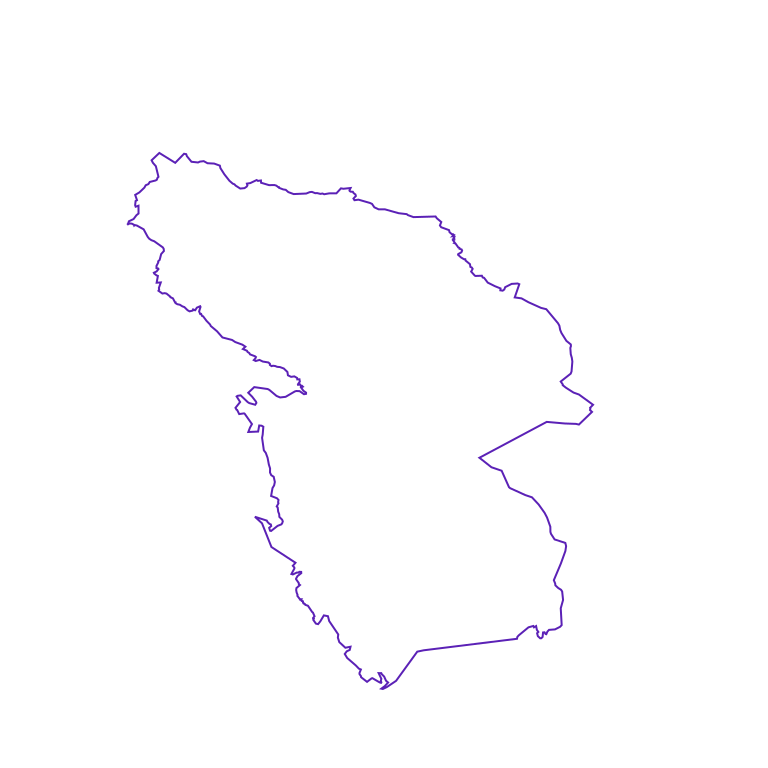 outline of Cotmeana, Arges, Romania, rotated 341°
{"feature_id": "2599482B54766849205701", "entity_name": "Cotmeana", "entity_type": "district", "adm_level": 2, "iso_a3": "ROU", "parent_name": "Romania", "parent_adm1": "Arges", "projection": "natural_earth1", "projection_center": [24.603, 44.996], "detail": "fine", "context": "isolated", "style": "outline", "palette": "violet", "viewbox_px": 768, "rotation_deg": 341, "n_neighbors": 0, "source": "geoboundaries", "source_scale": "gbopen_adm2", "svg_char_len": 6163}
<svg xmlns="http://www.w3.org/2000/svg" viewBox="0 0 768 768"><g transform="rotate(341 384 384)"><path d="M480.7,624.8L492.8,611.3L501.1,601.0L503.4,596.6L503.7,593.3L494.7,586.5L493.1,580.0L493.2,578.0L494.8,573.1L494.7,563.4L493.9,558.1L491.0,548.3L487.0,539.3L481.4,535.0L469.4,523.6L468.6,522.3L467.0,504.3L458.5,497.7L450.2,484.8L525.5,472.8L542.1,480.2L552.5,484.2L555.1,485.8L571.6,478.1L570.3,475.7L571.1,474.5L571.1,473.6L574.9,471.7L564.9,457.4L560.4,453.8L554.8,446.7L552.6,443.3L552.9,442.6L551.9,439.2L563.9,435.0L565.4,433.2L569.4,424.1L570.1,420.4L570.3,416.6L571.9,410.6L573.1,409.0L573.5,407.4L570.5,402.6L568.4,393.6L568.2,390.1L568.8,386.0L568.3,383.2L561.8,366.1L557.3,363.2L547.1,353.6L541.9,347.8L535.8,344.7L544.4,333.7L543.1,332.5L537.3,330.9L530.1,331.9L528.5,333.8L526.6,334.4L524.5,333.3L525.3,331.6L520.7,327.6L515.1,321.9L513.2,316.2L512.0,315.4L511.8,313.5L505.6,311.6L505.1,311.0L503.0,306.1L505.3,304.0L504.9,302.4L503.8,301.4L504.3,298.7L501.3,293.8L501.5,292.5L500.2,292.0L498.0,289.4L496.1,285.9L496.5,285.3L500.0,284.7L501.3,283.3L501.2,282.1L499.4,280.7L499.6,279.8L498.7,279.1L497.4,274.6L496.5,273.8L497.0,273.7L496.1,270.7L497.2,270.5L496.5,269.5L497.8,269.1L497.7,268.4L498.4,267.9L497.7,267.4L497.8,266.7L497.3,266.6L498.8,266.0L498.3,265.4L497.5,265.4L497.7,264.7L496.9,264.4L495.4,261.8L495.6,259.7L489.1,254.4L488.5,252.3L490.9,249.5L487.9,244.5L487.3,242.4L466.2,235.8L461.6,232.1L460.8,230.8L453.5,227.3L441.8,219.2L435.8,217.1L432.4,213.8L431.3,209.8L429.6,208.2L419.9,201.4L415.9,200.6L415.5,198.7L418.6,197.1L418.7,195.5L417.4,193.6L417.1,192.1L415.1,191.3L414.4,190.4L414.4,189.6L416.2,187.8L409.2,186.2L407.0,185.0L401.1,188.2L394.2,185.9L389.2,185.1L387.9,183.9L385.7,183.5L382.9,181.7L381.1,181.2L378.4,178.9L376.2,178.4L372.5,178.6L360.4,175.0L356.0,171.4L354.3,168.4L352.0,167.2L348.6,164.3L348.7,163.6L348.0,163.3L346.8,161.4L345.3,160.3L340.0,158.5L333.3,153.7L333.9,151.5L330.9,150.9L330.0,149.7L323.0,150.5L319.6,149.9L319.5,151.8L318.4,152.7L315.9,153.4L311.7,152.4L308.3,148.1L307.6,146.5L306.2,145.3L304.0,141.5L301.3,133.7L299.6,126.6L299.9,124.1L295.2,120.3L289.0,117.8L286.1,114.6L282.4,113.8L280.3,114.0L274.3,111.2L271.8,104.4L271.8,102.3L269.9,101.2L258.6,106.9L246.8,92.4L237.1,96.8L237.5,99.6L239.2,103.8L238.2,114.7L237.0,115.3L235.7,116.9L234.3,117.2L228.3,116.7L226.3,118.3L223.4,118.5L221.4,120.3L215.1,123.2L210.3,124.2L210.3,129.8L208.7,130.1L206.9,133.9L206.9,135.5L209.9,135.5L207.4,142.9L204.9,143.8L200.9,146.5L195.8,147.1L194.2,149.1L193.1,149.8L195.8,149.4L197.8,150.3L199.4,152.0L199.4,152.8L200.0,152.5L201.9,153.7L207.1,159.5L208.5,168.0L209.3,170.2L210.9,172.3L213.2,174.2L219.4,182.9L219.7,184.5L219.2,186.6L215.6,188.6L212.3,193.6L210.4,194.5L210.1,195.6L207.3,198.3L206.6,200.4L208.1,201.3L208.2,201.9L205.7,203.5L202.6,203.9L202.7,204.8L204.2,207.1L205.4,208.2L202.0,214.2L206.0,215.3L202.4,219.9L202.2,221.4L201.1,222.4L203.9,226.3L206.2,226.7L207.8,227.7L210.4,231.9L210.3,232.4L212.3,234.3L213.0,238.8L213.5,239.0L213.3,239.8L214.6,241.3L216.8,242.6L218.6,244.9L220.3,246.3L222.3,250.3L223.8,252.0L226.9,252.3L227.8,251.3L228.5,251.9L228.2,252.1L229.5,252.8L231.9,250.9L235.5,250.6L235.6,251.4L232.8,255.2L233.0,258.0L233.9,258.2L234.1,260.4L235.0,261.1L236.7,266.4L238.9,271.1L239.1,272.8L243.3,279.8L246.4,287.4L254.7,292.9L257.0,295.9L262.9,300.7L265.1,303.6L262.0,305.0L265.2,307.9L265.4,309.2L266.7,310.9L267.0,312.4L271.1,315.8L271.7,316.8L270.6,318.0L268.7,319.0L270.2,320.5L274.1,320.7L276.7,323.3L281.7,326.0L282.7,327.7L282.3,328.8L283.5,330.5L285.0,330.6L287.0,331.6L288.6,333.0L291.1,334.1L294.3,336.7L296.6,341.2L296.0,344.5L298.5,347.0L301.7,347.6L303.8,350.0L303.5,351.4L305.6,352.0L305.2,354.3L302.5,356.3L302.5,356.8L304.4,357.0L304.7,358.3L305.8,358.9L306.4,360.1L305.6,360.2L304.8,359.3L304.3,359.9L305.6,364.2L307.5,366.8L307.1,367.9L305.0,367.6L301.9,363.3L298.9,362.1L297.3,362.0L286.8,364.1L281.4,362.9L278.5,360.3L273.7,352.3L272.4,350.9L260.3,344.7L252.8,348.1L255.2,353.1L257.2,359.0L257.2,360.3L255.5,361.7L250.4,358.2L249.2,356.7L244.8,348.1L241.7,347.5L240.6,347.8L242.1,354.2L235.8,358.2L236.2,360.3L236.7,360.7L237.3,365.3L242.1,366.2L242.6,366.8L246.1,378.9L243.1,381.6L240.1,385.2L249.5,388.0L252.5,382.6L254.7,383.6L256.0,385.1L252.8,392.4L251.2,395.2L248.8,407.6L249.8,410.7L249.9,415.9L248.9,422.7L248.8,426.7L247.4,430.6L247.7,433.5L249.5,435.8L248.9,441.1L247.1,444.1L244.7,446.1L240.8,453.1L245.6,457.2L246.5,459.3L245.4,461.2L245.4,462.4L242.7,464.9L243.3,466.1L242.4,470.2L242.5,473.0L241.8,475.6L243.5,479.1L243.6,480.9L242.5,482.4L241.3,483.3L237.2,483.5L229.4,486.2L228.5,485.6L228.6,482.6L231.1,481.6L231.3,480.0L230.2,479.0L229.0,476.7L228.7,475.0L218.7,467.5L223.3,476.0L224.5,501.5L242.1,524.2L238.6,526.2L239.5,528.3L239.2,529.3L234.6,533.5L235.8,534.4L240.3,533.9L241.7,534.5L242.8,534.0L244.5,534.7L244.2,535.9L239.6,537.5L237.5,539.4L237.3,539.9L238.6,544.4L238.3,545.5L239.1,546.7L234.8,548.4L233.9,550.1L233.5,552.7L233.6,555.3L233.1,556.1L234.4,560.1L235.5,560.5L234.8,560.9L235.8,561.8L235.6,562.4L236.6,563.1L236.2,564.4L236.7,564.9L236.6,565.5L237.7,566.5L237.7,567.2L239.9,568.9L241.8,576.1L242.4,577.0L242.7,581.0L240.8,582.1L240.6,582.7L241.2,583.1L240.4,584.2L241.6,588.4L243.5,589.6L246.6,587.6L251.8,583.2L255.4,585.3L255.0,590.3L259.2,605.9L257.8,608.8L257.7,613.5L261.6,620.8L266.8,621.5L265.0,624.3L261.8,624.6L259.0,626.5L260.0,631.1L265.7,640.9L267.6,645.0L269.2,646.4L266.7,649.3L266.4,650.3L267.1,652.7L266.9,653.8L271.0,660.1L276.4,658.3L277.3,658.4L282.7,664.7L283.9,665.6L284.4,665.2L284.3,663.7L285.5,661.9L284.8,655.6L287.3,656.5L287.4,657.6L288.9,660.7L289.3,665.2L290.7,667.6L286.4,669.9L282.3,671.2L283.6,672.0L287.9,671.5L298.8,668.6L328.3,647.9L334.8,648.7L426.8,668.2L427.7,666.6L429.4,665.6L441.4,661.1L446.4,661.4L446.6,662.9L449.0,662.4L448.5,666.2L449.2,668.7L447.6,669.5L447.4,672.5L448.9,675.3L450.0,675.6L451.6,674.8L453.5,670.7L454.9,671.0L455.4,673.0L456.0,673.4L457.9,671.3L460.0,670.2L465.8,671.7L471.5,670.9L473.5,669.8L478.1,653.6L483.0,646.5L484.9,638.2L484.4,636.2L482.3,633.6L480.5,630.2L480.9,628.3L480.7,624.8Z" fill="none" stroke="#5b21b6" stroke-width="2"/></g></svg>